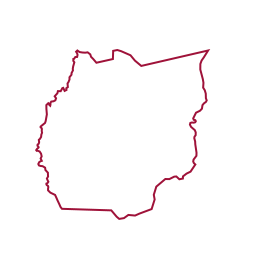 the district of Bakouma, Mbomou, Central African Republic, rotated 167°
{"feature_id": "33826404B59000496677715", "entity_name": "Bakouma", "entity_type": "district", "adm_level": 2, "iso_a3": "CAF", "parent_name": "Central African Republic", "parent_adm1": "Mbomou", "projection": "mercator", "projection_center": [22.809, 5.544], "detail": "fine", "context": "isolated", "style": "outline", "palette": "rose", "viewbox_px": 256, "rotation_deg": 167, "n_neighbors": 0, "source": "geoboundaries", "source_scale": "gbopen_adm2", "svg_char_len": 2241}
<svg xmlns="http://www.w3.org/2000/svg" viewBox="0 0 256 256"><g transform="rotate(167 128 128)"><path d="M210.5,64.1L162.8,51.5L159.0,44.1L157.0,41.4L152.2,41.1L147.2,43.2L140.8,41.1L136.2,42.0L123.2,43.7L118.1,52.4L117.9,57.1L113.6,64.5L103.1,69.9L99.2,68.9L93.9,70.2L91.8,69.9L89.5,66.5L85.9,66.4L85.3,68.5L81.2,70.4L76.9,71.4L70.6,77.3L71.7,79.0L72.0,80.7L71.2,82.5L67.6,85.5L66.8,88.5L66.1,97.0L65.6,99.8L65.7,103.2L65.2,104.5L63.7,105.8L63.0,108.5L63.4,110.9L66.3,114.9L66.9,117.4L66.1,118.9L64.6,119.0L62.8,118.4L61.2,118.5L60.4,119.4L60.7,120.5L62.1,121.2L62.3,122.7L58.3,127.6L54.0,128.6L51.6,130.2L50.3,133.5L48.5,134.9L46.2,135.9L45.1,137.2L45.4,139.5L44.5,144.0L44.7,147.5L45.7,150.4L44.3,155.1L44.1,158.8L44.4,168.7L43.1,174.1L41.1,177.2L38.3,179.7L32.5,185.5L101.1,185.5L106.1,192.1L109.2,198.3L117.4,204.4L120.9,206.4L125.1,206.5L127.2,198.6L144.1,198.7L146.4,203.1L148.0,205.7L148.2,208.2L150.3,210.8L152.7,211.0L155.4,211.8L158.1,212.9L159.9,214.9L161.4,214.0L160.8,212.3L160.7,210.6L161.6,208.7L163.4,209.0L164.9,207.6L165.7,207.6L166.2,205.7L165.5,204.1L167.6,200.3L168.5,198.1L168.7,196.5L170.6,194.3L171.1,192.6L173.6,190.6L174.1,188.4L175.7,186.1L176.9,185.0L177.4,181.4L179.2,180.6L179.4,178.9L181.4,178.4L182.1,181.7L183.0,181.6L185.3,179.0L188.0,179.7L189.0,177.7L191.2,176.2L192.3,175.4L191.4,173.2L192.6,171.3L194.5,170.8L196.8,171.0L197.8,170.1L198.4,168.0L198.8,167.2L199.4,168.0L199.6,169.3L200.1,170.1L201.6,169.2L202.4,168.7L203.2,165.0L204.0,159.5L206.7,153.2L207.7,151.6L212.8,149.1L213.0,148.3L212.3,147.5L212.1,146.4L212.5,145.4L212.8,143.7L212.8,142.7L213.9,141.1L214.7,138.8L216.4,137.1L217.5,136.6L217.7,135.7L217.7,134.5L218.0,133.6L218.8,132.6L219.8,132.2L220.2,131.1L219.8,130.4L219.4,129.4L219.8,128.9L221.2,128.2L222.4,127.1L222.1,126.4L221.7,126.5L219.4,125.0L218.5,122.5L218.5,119.8L220.0,117.9L219.4,115.4L220.5,115.3L222.2,114.7L223.5,113.1L223.2,111.6L221.8,110.7L219.8,110.0L217.7,108.0L217.9,105.6L216.1,102.5L216.6,100.0L216.8,98.7L218.4,97.0L218.0,94.7L217.7,93.5L218.9,92.4L220.0,92.2L220.2,91.5L220.0,90.7L219.0,89.6L218.9,88.4L219.6,86.7L219.9,85.2L218.2,82.5L214.1,79.2L213.4,75.8L213.0,73.5L212.1,69.4L211.5,66.2L210.5,64.1Z" fill="none" stroke="#9f1239" stroke-width="2"/></g></svg>